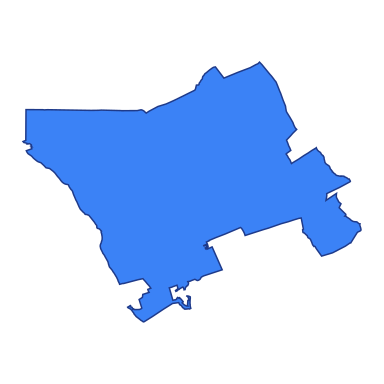 the district of Goiesti, Dolj, Romania
{"feature_id": "2599482B37441386281384", "entity_name": "Goiesti", "entity_type": "district", "adm_level": 2, "iso_a3": "ROU", "parent_name": "Romania", "parent_adm1": "Dolj", "projection": "orthographic", "projection_center": [23.769, 44.483], "detail": "fine", "context": "isolated", "style": "filled", "palette": "blue", "viewbox_px": 384, "rotation_deg": 0, "n_neighbors": 0, "source": "geoboundaries", "source_scale": "gbopen_adm2", "svg_char_len": 5977}
<svg xmlns="http://www.w3.org/2000/svg" viewBox="0 0 384 384"><path d="M357.2,232.6L357.9,232.0L359.7,231.2L360.4,230.8L360.8,230.5L361.0,229.5L360.6,227.6L359.8,225.2L359.9,224.2L360.0,223.8L359.0,223.7L356.9,221.9L353.9,221.6L352.6,221.2L350.8,220.0L349.7,218.9L346.6,216.9L345.8,216.2L344.9,216.1L345.9,215.0L345.7,214.2L340.9,209.5L339.2,207.8L339.2,207.6L339.9,206.0L341.0,203.8L338.7,201.8L338.5,201.5L338.0,200.3L336.7,198.0L336.5,197.4L336.3,196.4L336.4,194.1L336.5,193.4L326.0,200.4L326.6,197.2L326.8,195.3L326.7,193.6L339.8,187.3L349.8,181.9L350.2,181.6L350.4,181.2L349.3,179.2L349.2,179.0L348.6,179.1L348.1,178.8L347.1,178.0L345.2,177.0L344.3,176.8L344.1,176.3L343.9,176.2L341.3,176.0L341.4,176.3L340.9,176.4L336.6,175.4L336.1,175.1L334.9,173.8L334.2,173.5L333.1,172.3L332.3,171.9L332.4,171.3L331.7,170.6L331.2,169.8L330.5,169.1L330.2,168.5L329.8,167.1L329.2,166.1L328.8,165.7L326.2,164.0L324.9,162.4L324.8,161.5L324.1,158.7L324.0,157.3L323.8,156.8L323.2,156.1L323.2,155.7L321.7,154.6L321.5,154.3L321.3,154.1L320.8,153.0L320.1,152.2L318.8,151.4L317.5,150.2L316.5,148.4L316.3,147.7L314.9,148.8L314.8,148.7L311.8,150.5L308.3,152.9L304.0,155.5L298.7,159.1L292.9,162.6L291.5,163.6L291.4,163.5L290.5,161.2L289.9,159.8L288.4,157.8L287.6,156.1L286.1,154.0L286.8,153.3L290.8,150.4L289.6,147.5L288.8,146.1L287.8,143.2L286.5,140.1L290.6,135.8L292.7,133.4L296.7,129.4L295.6,128.3L295.0,127.5L293.8,125.0L292.9,122.5L289.9,117.3L286.6,112.0L286.1,110.4L286.0,109.4L285.8,108.5L285.5,106.1L283.1,100.2L280.5,92.9L279.8,91.4L277.5,85.5L276.1,82.1L275.7,81.5L274.4,80.0L273.6,78.8L271.5,76.1L269.7,74.1L262.0,64.7L259.5,62.1L258.0,63.7L255.9,64.6L250.2,67.7L238.0,72.3L223.9,78.1L215.4,66.9L213.5,67.3L212.3,68.0L209.8,69.8L206.1,72.9L205.0,73.6L203.7,75.6L203.1,76.1L202.7,76.8L202.5,77.6L202.4,78.5L202.1,79.2L201.2,80.1L199.9,82.3L199.4,82.8L199.1,83.6L199.0,84.5L198.8,84.8L198.4,85.0L196.4,85.1L195.5,88.9L194.8,90.2L174.1,100.4L169.7,102.4L166.0,104.0L157.9,106.5L149.1,111.2L146.2,113.1L143.7,110.8L141.8,109.9L140.5,109.9L137.3,110.6L121.5,110.7L121.0,110.6L116.8,110.5L101.4,110.1L98.2,110.3L91.2,110.4L47.6,109.7L44.1,109.9L43.0,109.7L26.0,109.6L25.8,140.4L23.0,141.5L23.8,142.5L25.5,142.9L27.6,143.6L27.7,143.8L27.5,144.0L28.2,144.0L29.1,143.5L30.5,144.2L31.3,144.8L31.5,145.1L31.4,145.6L30.8,146.0L31.2,146.2L31.8,146.8L31.4,146.8L31.2,147.3L31.8,148.8L26.3,150.7L26.9,152.0L27.7,153.2L28.2,153.8L31.2,155.8L31.9,156.4L33.3,158.0L34.4,159.0L36.9,161.0L38.2,161.8L40.3,162.5L41.0,162.8L44.0,165.6L45.9,167.7L46.6,167.9L49.6,168.5L53.3,171.4L55.1,173.2L57.5,176.4L59.4,178.5L60.9,180.6L62.3,182.2L63.2,182.9L64.4,183.7L66.1,184.3L67.1,184.4L68.2,184.7L68.6,185.2L68.8,185.9L69.5,187.3L71.1,189.6L71.8,190.2L72.5,191.3L73.5,194.4L75.4,198.8L75.7,199.7L76.8,201.6L79.1,206.9L80.4,209.3L83.4,212.4L84.2,213.0L84.6,213.4L85.0,214.2L85.4,214.4L87.1,214.6L87.9,215.0L88.7,215.2L89.1,215.6L94.4,222.2L95.7,224.3L96.7,225.4L96.9,227.7L97.1,228.0L97.4,228.3L99.4,228.9L99.7,229.2L101.4,231.1L101.1,231.3L101.2,232.5L101.3,233.0L101.6,233.5L101.8,235.0L102.0,235.7L102.2,237.6L102.1,239.7L101.4,241.9L101.1,243.2L100.8,243.6L100.3,245.0L100.2,246.3L100.7,248.7L102.6,252.5L102.7,253.0L104.6,255.6L104.7,255.9L105.2,256.9L107.8,261.5L108.3,263.0L108.4,263.8L109.4,266.9L112.3,270.4L113.0,271.7L114.2,273.3L115.8,276.0L116.5,277.1L117.7,279.6L118.3,281.4L119.3,283.3L119.6,284.3L122.7,283.5L123.7,283.5L138.1,279.7L142.9,278.7L143.0,278.9L145.4,281.5L147.7,284.3L148.9,285.5L150.8,288.2L147.8,289.4L148.4,291.3L149.1,292.4L142.8,294.4L142.4,297.4L139.1,299.5L141.8,308.1L141.3,308.6L140.7,309.0L139.4,309.5L134.1,309.6L133.7,308.8L132.8,309.2L132.2,307.6L132.0,307.3L131.2,307.2L130.9,306.9L130.6,305.7L130.3,305.5L129.4,306.2L127.6,307.2L127.8,307.6L130.5,309.1L131.8,310.4L132.7,311.8L133.5,312.7L134.2,314.2L135.4,315.5L136.1,316.5L140.0,319.5L140.9,320.3L142.1,321.0L143.0,321.7L143.7,321.9L144.2,321.7L152.5,316.5L163.6,309.1L171.4,304.2L172.3,303.6L173.0,303.4L178.7,302.6L179.7,304.7L180.3,304.9L181.2,305.6L182.0,306.5L182.4,307.3L182.9,307.8L183.6,308.1L184.1,308.5L184.3,309.0L184.6,309.1L186.0,309.1L188.7,308.8L189.6,309.0L190.8,308.4L190.2,305.9L190.2,304.6L190.0,303.3L190.1,299.9L190.3,298.8L190.3,297.0L190.1,296.7L188.5,296.1L186.9,295.9L186.8,296.1L187.5,296.5L188.2,297.5L188.5,298.0L188.6,298.8L189.5,300.0L189.1,300.3L188.7,300.3L188.2,300.2L187.9,300.4L187.5,304.8L187.5,305.2L187.8,305.8L187.9,306.0L186.5,306.0L184.9,305.2L184.1,304.7L182.5,303.2L182.1,302.8L182.1,302.7L182.4,302.4L183.2,301.9L183.2,301.7L181.3,299.4L179.7,297.8L179.3,298.2L179.1,297.9L179.0,298.0L179.0,298.3L178.9,298.3L178.5,297.9L177.7,297.4L176.7,298.5L176.8,298.9L176.7,299.1L175.5,299.8L174.9,299.8L172.9,300.3L169.3,287.8L171.8,287.2L172.8,286.7L177.0,285.2L178.0,288.6L175.5,290.5L175.9,291.4L177.3,290.7L177.4,290.2L179.1,289.4L180.0,288.6L182.6,287.1L183.1,287.2L183.3,287.5L183.7,288.7L184.1,289.5L184.1,289.8L185.1,289.6L185.4,287.8L186.2,286.7L187.0,285.9L187.6,285.7L187.9,285.2L188.4,284.1L188.5,283.5L188.5,282.9L187.8,281.6L189.8,281.3L192.1,280.3L194.9,279.3L197.2,280.5L198.1,280.4L199.3,279.8L200.0,279.3L200.6,278.4L200.8,277.9L201.4,277.1L203.6,275.9L222.2,269.8L212.1,246.9L207.0,249.2L206.8,248.8L208.1,248.2L207.9,247.8L205.6,248.8L205.3,247.9L208.1,246.7L207.9,245.9L206.6,246.4L206.3,245.7L207.7,245.0L207.5,244.4L204.0,245.9L203.8,245.5L207.3,244.0L206.4,242.0L209.3,240.7L209.2,240.4L215.6,237.7L225.2,234.0L240.5,227.5L241.6,228.4L243.0,230.6L244.2,232.9L245.1,235.5L263.1,229.7L268.5,228.1L281.2,223.7L288.4,221.7L294.1,219.8L298.8,218.4L301.2,218.0L303.4,229.2L302.6,229.7L302.9,232.2L303.3,232.7L304.2,232.9L306.6,235.2L307.2,235.5L307.4,236.3L308.0,237.6L308.4,237.9L309.5,238.5L310.0,238.9L310.5,239.5L311.8,242.5L312.4,244.2L312.9,245.2L313.7,246.2L313.8,246.0L315.2,246.6L315.4,247.2L316.5,249.0L321.6,256.1L332.6,252.8L345.3,246.2L346.5,245.4L349.7,243.2L350.2,242.9L350.7,243.0L357.2,232.6Z" fill="#3b82f6" stroke="#1e3a8a" stroke-width="1.5"/></svg>